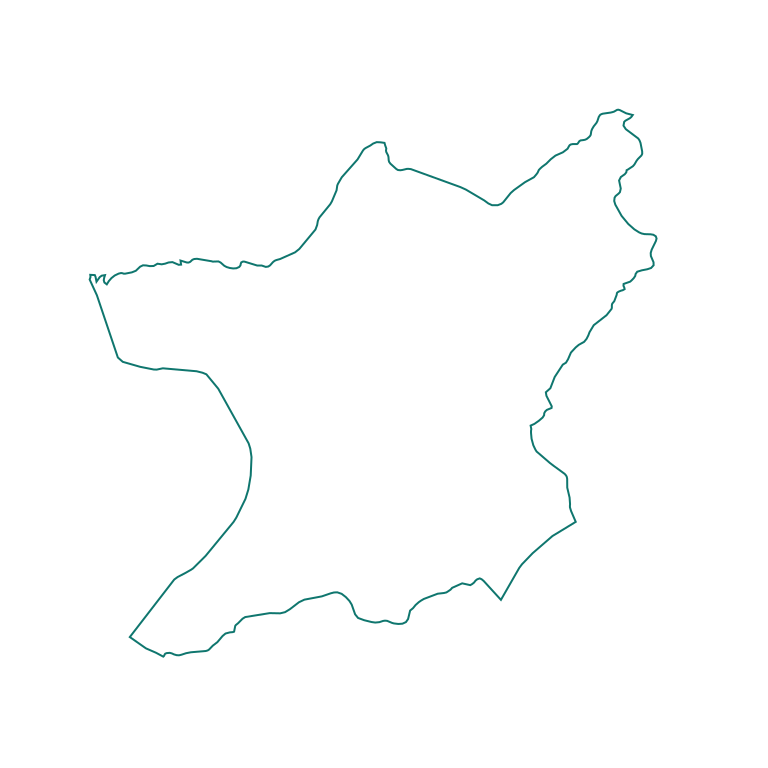 the Department of Cochabamba, rotated 259°
{"feature_id": "BOL-1291", "entity_name": "Cochabamba", "entity_type": "Department", "adm_level": 1, "iso_a3": "BOL", "parent_name": "Bolivia", "parent_adm1": "", "projection": "natural_earth1", "projection_center": [-65.4, -17.184], "detail": "fine", "context": "isolated", "style": "outline", "palette": "teal", "viewbox_px": 768, "rotation_deg": 259, "n_neighbors": 0, "source": "natural_earth", "source_scale": "10m", "svg_char_len": 4892}
<svg xmlns="http://www.w3.org/2000/svg" viewBox="0 0 768 768"><g transform="rotate(259 384 384)"><path d="M149.8,457.6L171.6,444.3L173.7,442.6L174.9,440.9L174.5,438.2L173.5,436.3L171.9,434.5L170.8,432.4L170.1,430.3L173.4,422.7L170.9,412.0L169.5,410.2L168.3,407.5L167.5,405.5L167.4,402.9L167.9,396.7L165.4,382.1L164.3,379.0L163.2,376.5L161.0,372.8L158.4,369.7L156.6,366.4L148.7,362.8L146.1,360.1L145.2,356.4L145.7,352.3L147.1,348.0L147.9,346.4L150.9,341.9L151.5,339.8L151.6,337.9L151.1,334.0L151.5,329.9L152.7,326.4L155.9,319.5L159.3,313.9L163.4,311.7L173.6,310.2L177.6,308.7L182.1,305.9L186.1,302.4L188.4,298.4L188.9,295.1L188.7,291.8L187.4,282.5L187.4,279.9L187.5,264.7L186.0,258.9L180.9,248.7L178.9,243.3L178.7,238.3L180.9,228.1L181.7,203.3L180.6,200.4L177.0,195.1L175.6,192.5L174.9,191.8L169.5,189.6L169.3,188.3L169.6,185.2L169.3,180.8L167.4,177.4L162.4,171.2L159.8,166.0L156.7,161.6L156.1,160.1L155.9,158.1L157.5,143.3L157.5,138.3L156.9,133.5L156.8,131.2L157.3,128.9L158.6,126.3L160.0,124.4L161.0,122.3L161.3,119.2L161.0,117.8L160.4,117.1L159.6,116.6L158.9,116.0L158.5,115.3L163.7,108.9L169.9,99.9L184.1,86.2L232.1,140.8L233.9,144.6L236.5,153.3L238.5,159.2L239.4,161.3L249.3,176.1L277.3,210.0L281.0,213.5L297.7,226.1L306.3,230.7L319.6,235.7L337.5,240.0L346.0,240.4L351.5,239.8L411.0,220.4L427.4,211.5L429.7,208.0L432.3,202.4L441.6,169.9L441.5,163.7L442.1,160.9L447.4,147.9L455.6,131.8L460.8,127.8L525.9,119.1L542.7,115.0L545.0,116.3L547.2,116.5L546.1,120.9L544.1,121.3L539.3,121.3L543.2,125.4L544.2,127.6L544.1,130.9L541.7,129.6L539.3,128.7L537.0,128.9L534.7,130.9L537.5,133.5L540.0,136.7L541.9,140.4L543.0,144.6L543.1,147.1L542.6,148.5L542.0,149.5L541.7,150.8L541.7,157.8L542.5,162.0L545.7,167.0L546.5,170.1L545.7,173.3L544.4,176.6L543.8,180.4L545.3,184.6L543.9,188.6L543.9,192.2L544.4,195.7L544.0,199.6L540.2,205.2L539.9,207.6L544.0,207.8L540.9,213.6L540.5,215.4L540.9,217.1L542.5,219.6L542.9,221.5L542.6,224.3L537.3,238.4L537.0,238.8L536.8,239.4L535.9,244.9L534.4,246.8L530.5,249.8L528.8,251.9L527.3,254.8L526.2,258.0L525.8,261.2L526.5,264.2L527.8,265.7L529.3,266.3L530.6,267.1L531.1,269.0L530.7,270.5L524.5,282.1L523.6,286.6L521.5,290.3L521.4,292.8L522.2,294.8L524.8,298.2L525.8,300.1L526.2,301.9L526.5,305.8L530.2,321.8L532.7,326.6L548.7,346.2L552.8,348.7L556.5,350.1L558.2,351.1L559.9,352.5L570.7,365.5L573.2,367.7L583.2,374.4L587.8,376.0L589.3,377.0L595.0,382.0L609.5,400.9L617.3,408.0L618.4,409.4L619.1,410.9L620.7,416.1L622.1,419.2L622.8,423.0L621.9,426.7L620.6,430.5L617.9,430.7L614.8,431.2L612.8,430.5L611.3,430.5L607.6,431.6L606.0,431.7L602.7,431.3L601.1,431.4L599.1,432.3L592.7,437.1L591.4,438.5L590.7,440.9L590.6,442.9L590.8,447.5L590.4,449.5L589.8,451.4L562.7,496.6L559.2,501.5L545.1,517.4L541.3,520.9L538.9,524.2L537.8,529.7L538.5,533.6L539.6,535.7L547.3,544.8L549.6,548.7L555.2,560.9L558.4,570.7L560.8,573.7L562.2,575.2L564.5,576.8L565.6,578.3L567.0,580.6L569.3,585.4L572.8,590.6L575.5,595.9L577.3,603.8L579.9,609.1L582.1,610.9L583.0,611.8L583.5,613.1L583.5,615.3L583.2,616.7L582.9,618.1L582.7,619.2L583.1,620.1L585.1,622.1L585.6,623.4L585.4,626.4L585.4,627.9L585.8,629.7L587.1,632.1L588.0,633.4L588.8,634.2L589.5,634.6L592.6,635.7L594.4,636.8L596.9,639.0L599.7,642.3L601.3,643.6L605.2,645.8L605.9,646.5L606.6,647.1L607.1,647.9L607.1,648.0L607.4,648.9L607.6,650.3L607.2,658.3L607.3,660.4L607.5,661.9L608.6,665.0L608.6,666.2L607.9,667.7L603.5,673.4L600.6,679.5L598.9,677.7L598.0,676.1L596.4,671.2L595.5,669.8L591.9,668.4L588.0,670.0L576.5,680.4L574.4,681.3L571.7,681.8L563.1,681.8L560.7,681.4L559.2,680.3L556.5,676.3L555.0,674.6L551.7,671.7L550.3,669.9L547.8,663.9L547.6,663.0L545.5,662.2L544.0,660.4L542.0,656.0L538.9,653.6L530.7,653.7L527.3,652.2L526.2,650.7L524.3,647.2L522.9,645.9L519.7,644.9L515.9,645.3L503.7,649.3L494.5,654.3L488.1,659.2L484.2,663.3L482.6,665.6L481.4,668.4L480.1,674.2L479.1,676.9L477.1,679.0L474.8,679.3L472.5,678.2L464.8,672.4L461.7,670.8L458.7,670.4L452.1,671.8L449.1,671.3L446.9,668.3L446.4,664.3L446.4,658.8L445.9,654.0L444.0,652.0L442.1,651.2L440.2,649.3L438.6,647.0L437.5,645.2L436.5,638.3L434.7,637.8L432.7,638.3L431.2,638.3L430.5,636.2L430.4,634.5L430.0,632.4L429.4,630.7L428.8,630.0L427.1,629.4L421.3,625.8L419.7,623.8L418.9,623.1L417.8,622.7L415.3,622.2L414.3,621.7L409.1,615.6L401.7,601.1L395.6,595.6L392.8,593.9L389.7,591.5L387.2,588.5L385.3,582.7L383.3,579.1L379.2,573.5L373.2,569.4L370.2,566.7L368.9,563.2L358.3,552.9L348.1,546.5L345.0,541.3L341.4,541.2L330.1,544.4L328.5,543.9L327.5,538.9L326.3,537.0L324.7,535.7L322.8,535.2L320.8,533.3L318.3,528.9L316.1,523.9L315.2,520.0L311.7,520.0L310.0,519.4L308.0,519.0L302.1,518.4L295.3,518.9L290.7,520.1L288.6,520.9L274.8,531.8L271.1,535.1L261.3,544.2L259.4,545.3L257.9,545.7L255.9,545.7L247.3,544.1L237.1,544.5L230.5,543.7L229.1,543.3L227.5,543.0L223.6,543.4L212.1,545.9L202.6,520.3L189.6,497.7L180.7,485.0L177.7,481.7L149.8,457.6Z" fill="none" stroke="#0f766e" stroke-width="2"/></g></svg>